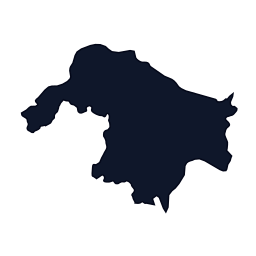 the border of Macvanski, rotated 94°
{"feature_id": "SRB-838", "entity_name": "Macvanski", "entity_type": "District", "adm_level": 1, "iso_a3": "SRB", "parent_name": "Republic of Serbia", "parent_adm1": "", "projection": "orthographic", "projection_center": [19.594, 44.517], "detail": "fine", "context": "isolated", "style": "filled", "palette": "ink", "viewbox_px": 256, "rotation_deg": 94, "n_neighbors": 0, "source": "natural_earth", "source_scale": "10m", "svg_char_len": 5648}
<svg xmlns="http://www.w3.org/2000/svg" viewBox="0 0 256 256"><g transform="rotate(94 128 128)"><path d="M74.9,190.0L72.4,189.9L70.8,189.4L67.1,187.4L59.3,185.7L55.7,184.0L52.5,180.0L48.5,171.3L47.1,166.3L46.9,161.5L48.4,156.2L50.9,153.1L53.1,149.4L53.5,142.5L50.7,131.3L51.1,127.3L57.5,125.3L58.9,124.1L60.1,122.4L61.1,120.4L61.5,118.6L61.3,114.5L61.7,112.8L62.6,111.7L64.6,110.6L65.4,109.7L73.9,95.4L76.5,87.8L77.9,85.5L79.8,83.4L83.4,80.4L85.1,77.8L87.0,73.1L93.4,42.7L94.2,41.6L95.1,41.3L95.7,40.6L95.6,38.1L95.1,36.0L94.3,34.5L93.3,33.5L92.2,32.3L92.6,31.0L89.4,28.8L86.5,25.7L89.3,25.9L94.9,27.8L97.5,27.4L99.5,25.4L99.2,23.3L101.0,20.8L101.4,20.8L102.0,20.8L102.5,20.8L103.4,21.2L103.9,21.5L105.9,23.0L106.9,23.8L107.6,24.7L107.9,25.2L108.4,26.8L109.1,28.3L109.6,29.9L110.0,30.4L110.4,30.8L110.8,31.1L111.5,31.4L111.9,31.4L112.3,31.4L112.6,31.3L113.1,31.0L113.8,30.3L114.7,29.2L115.4,28.4L115.9,28.0L116.6,27.5L117.1,27.2L117.6,27.1L117.9,27.1L118.4,27.2L118.9,27.5L119.3,27.8L120.9,29.4L121.4,29.8L122.5,30.3L123.4,30.6L125.2,30.9L126.5,31.2L127.1,31.2L127.6,31.2L128.2,31.1L128.9,30.9L130.7,30.1L133.8,28.5L135.0,28.0L135.7,27.8L136.4,27.8L137.8,27.7L141.6,27.8L143.0,28.0L143.6,28.1L148.7,22.7L150.5,23.3L153.5,23.9L157.4,26.0L162.2,26.7L163.6,27.4L164.0,30.1L163.0,33.3L155.3,48.9L153.6,54.6L154.4,59.4L155.6,61.6L156.3,63.6L157.2,65.5L158.7,67.2L161.7,68.6L170.8,68.7L179.7,73.3L184.5,76.7L187.5,79.9L191.9,82.8L204.2,82.6L209.1,84.4L205.5,87.0L195.0,91.9L193.2,94.8L196.7,98.8L202.6,96.4L201.6,104.4L201.8,105.5L201.8,105.8L201.7,106.2L200.6,107.9L200.5,108.4L200.5,108.7L200.6,109.0L200.9,109.5L201.8,110.7L201.9,111.1L202.1,111.6L202.3,112.9L202.3,115.7L201.4,115.7L201.2,115.7L200.5,116.3L198.7,117.4L198.2,117.7L195.9,118.5L194.7,119.3L194.4,119.3L193.9,119.2L193.4,118.9L192.2,117.9L191.4,117.5L190.6,117.2L190.1,117.1L189.5,117.1L189.1,117.2L188.7,117.4L188.2,117.7L187.7,118.1L186.2,119.5L185.4,120.1L185.0,120.3L183.7,120.7L183.4,120.9L183.0,121.3L182.2,122.2L181.8,122.7L181.4,123.3L181.0,124.3L180.6,126.1L181.1,126.6L181.5,127.1L181.8,127.7L181.9,128.2L181.9,128.7L181.9,130.1L182.0,130.7L182.6,131.9L182.9,132.5L183.8,133.6L184.0,134.0L184.1,134.5L184.2,135.0L184.2,135.9L184.2,136.2L184.0,136.6L183.7,137.0L183.4,137.3L182.2,138.3L181.9,138.6L181.7,138.9L181.7,139.3L181.8,139.9L182.7,142.0L183.0,143.0L183.1,143.7L183.2,145.1L183.2,146.4L183.1,147.1L183.0,147.7L182.8,148.0L182.6,148.3L182.3,148.4L182.0,148.5L181.6,148.4L180.7,148.0L179.7,147.8L179.2,147.8L178.8,147.9L178.0,148.2L177.5,148.5L177.1,148.9L176.8,149.4L176.6,149.9L176.5,150.4L176.8,151.0L177.2,151.6L178.8,153.5L180.6,155.9L180.0,156.7L179.2,158.1L178.9,158.6L178.5,159.5L178.4,159.9L177.9,160.2L177.6,160.3L176.5,160.4L175.8,160.5L169.4,160.5L168.1,160.4L167.4,160.2L167.0,159.8L166.9,159.5L166.9,159.2L167.0,158.0L167.0,157.5L166.8,157.0L165.4,155.0L164.9,154.4L164.5,153.9L163.9,153.6L163.5,153.4L162.0,152.9L159.7,152.1L156.0,150.4L154.2,149.7L151.4,148.3L150.1,147.8L149.5,147.7L149.0,147.6L147.8,147.7L147.2,147.8L145.2,148.5L144.6,148.7L142.5,149.0L141.4,149.4L140.8,149.7L138.9,150.7L138.6,151.1L138.2,151.4L137.6,151.6L137.1,151.7L136.0,151.8L134.9,151.7L134.4,151.7L133.9,151.5L133.5,151.3L132.8,150.8L132.3,150.2L132.1,149.8L131.5,148.3L131.3,147.9L131.0,147.6L128.6,145.9L126.4,146.1L124.7,146.4L123.8,146.7L122.7,147.3L122.1,147.6L121.5,147.7L120.9,147.6L119.8,147.3L119.3,147.3L118.3,147.3L117.2,147.4L116.6,147.6L115.9,147.9L115.2,148.4L115.0,148.8L114.9,149.2L114.9,149.4L114.9,149.7L115.1,150.1L115.4,150.4L115.7,150.6L116.1,150.8L117.5,151.3L117.9,151.6L118.1,151.9L118.3,152.3L118.3,152.5L118.1,152.9L117.6,153.9L117.4,154.4L117.3,154.9L117.3,156.7L117.2,157.6L116.5,160.0L116.0,161.3L114.8,163.7L114.3,164.3L113.8,165.0L113.4,165.2L112.7,165.5L112.2,165.5L110.6,165.3L110.2,165.3L109.8,165.5L109.3,165.8L109.0,166.2L108.6,167.0L108.4,167.3L108.4,167.9L108.4,168.4L108.6,168.8L109.0,169.6L109.2,170.0L109.7,170.6L110.0,170.8L110.5,171.1L110.9,171.2L111.3,171.2L113.1,170.7L113.5,170.7L113.8,170.8L114.1,171.1L114.3,171.6L114.7,172.6L115.5,174.0L116.1,175.3L116.2,175.9L116.2,176.4L116.2,177.0L116.0,177.5L115.6,178.1L115.2,178.6L114.7,178.9L113.8,179.2L112.1,179.6L111.6,179.7L111.2,179.9L110.7,180.2L110.4,180.7L109.6,181.9L108.9,182.9L108.7,183.3L108.5,184.2L108.3,185.4L108.2,185.9L108.0,186.3L107.8,186.7L107.5,187.0L105.8,188.2L105.5,188.5L105.2,188.9L105.0,189.3L105.0,189.7L105.1,191.2L105.0,192.0L104.8,192.7L104.6,193.4L104.2,194.2L104.9,194.9L107.1,196.6L108.0,197.2L109.9,197.9L111.1,198.6L111.7,198.7L113.3,198.9L115.8,199.5L116.4,199.7L116.9,200.0L117.3,200.4L118.2,201.3L118.6,201.6L119.3,202.0L120.2,202.3L120.5,202.4L121.1,202.4L122.6,202.3L123.0,202.3L123.3,202.5L123.6,202.7L125.0,204.0L125.5,204.4L127.3,205.1L127.7,205.4L128.3,205.7L128.7,206.2L130.0,208.2L131.4,210.5L131.1,211.0L131.1,211.6L131.7,213.4L132.0,214.9L132.2,215.2L132.3,215.5L132.5,215.6L132.8,215.8L133.7,216.0L134.1,216.1L134.5,216.3L134.8,216.6L135.5,217.4L136.1,218.3L136.8,219.6L137.3,220.7L137.7,221.2L138.2,221.7L138.9,222.0L139.0,222.8L139.0,223.5L138.8,224.1L137.9,225.7L137.3,227.2L137.0,227.6L136.6,228.0L136.2,228.2L135.4,228.5L134.9,228.5L134.0,228.3L133.2,228.0L131.8,227.6L131.4,227.6L130.9,227.6L130.4,227.7L128.7,228.6L128.3,228.7L126.6,229.1L126.2,229.3L125.9,229.5L125.3,230.2L124.9,230.8L123.4,233.7L122.9,234.3L122.4,234.7L121.7,234.9L120.5,235.2L117.2,230.4L114.4,227.8L113.3,226.2L112.9,221.7L111.4,219.7L110.3,219.7L108.2,221.8L107.2,222.1L105.9,221.4L104.0,219.4L96.1,213.5L92.7,210.0L91.6,206.7L91.2,201.6L89.0,196.2L85.9,191.6L82.8,189.0L80.8,188.6L74.9,190.0Z" fill="#0f172a" stroke="#020617" stroke-width="1.5"/></g></svg>